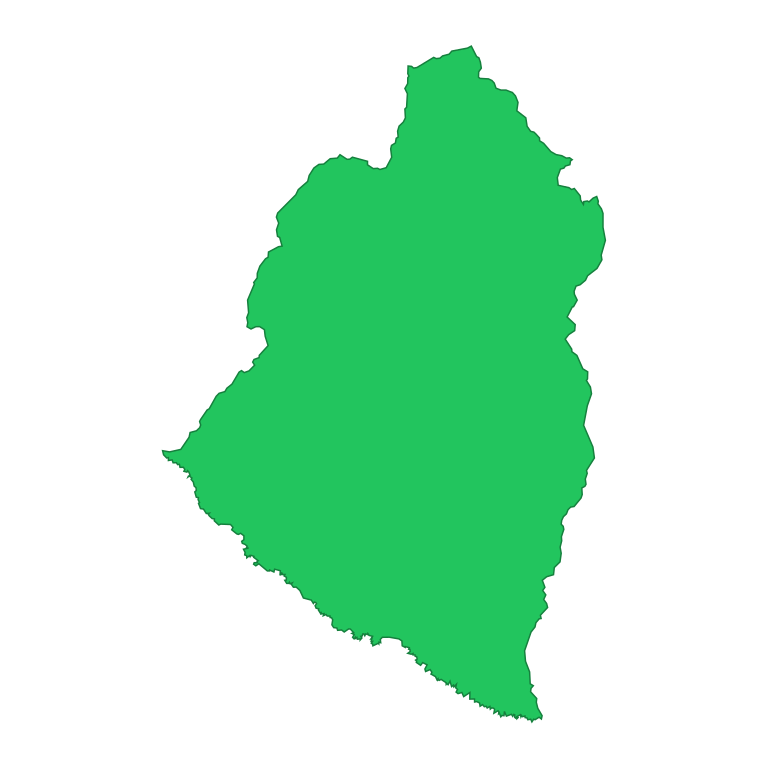 Sao Joao Baptista, Ribeira Grande de Santiago, Cabo Verde (Mercator projection)
{"feature_id": "66160863B53173453259277", "entity_name": "Sao Joao Baptista", "entity_type": "district", "adm_level": 2, "iso_a3": "CPV", "parent_name": "Cabo Verde", "parent_adm1": "Ribeira Grande de Santiago", "projection": "mercator", "projection_center": [-23.659, 14.991], "detail": "fine", "context": "isolated", "style": "filled", "palette": "green", "viewbox_px": 768, "rotation_deg": 0, "n_neighbors": 0, "source": "geoboundaries", "source_scale": "gbopen_adm2", "svg_char_len": 6099}
<svg xmlns="http://www.w3.org/2000/svg" viewBox="0 0 768 768"><path d="M162.6,450.7L163.6,454.8L166.7,458.0L168.4,457.6L168.4,460.5L172.1,459.9L173.1,462.8L176.4,462.7L177.6,464.6L179.4,464.3L180.0,467.3L183.4,467.3L184.8,469.4L183.9,471.3L186.9,472.1L187.6,470.7L189.0,472.3L190.0,475.3L188.4,476.2L188.1,476.9L189.3,476.0L191.9,478.0L191.1,479.3L193.3,482.0L194.2,486.1L196.0,487.6L196.3,490.5L194.8,491.9L196.3,497.2L198.4,497.6L198.1,499.6L199.5,502.5L198.5,503.3L200.5,508.6L203.5,509.1L206.3,513.5L209.4,513.2L208.3,514.3L209.3,515.9L212.2,518.6L214.4,518.8L214.3,520.8L218.8,525.0L220.7,524.1L230.5,524.5L233.0,527.3L231.7,529.8L236.8,533.9L238.4,534.4L240.7,533.3L243.9,535.8L243.9,539.7L241.7,541.3L242.3,543.3L245.1,544.4L247.2,546.2L246.5,547.6L248.6,548.1L243.5,549.2L245.1,552.4L244.7,554.9L246.7,555.7L246.8,557.8L249.6,555.6L250.1,556.7L250.9,555.3L254.0,556.4L253.7,557.3L258.2,560.7L257.1,561.3L257.4,562.6L254.2,562.7L253.6,564.2L255.8,565.8L258.9,563.8L267.3,570.9L269.5,570.9L269.6,570.0L273.9,572.0L274.6,569.2L280.3,570.7L280.0,575.4L281.3,572.9L282.2,573.3L281.9,574.5L284.9,574.5L284.1,575.9L286.4,577.3L286.3,580.1L284.8,580.3L286.7,583.4L288.9,583.4L289.4,582.3L290.2,583.8L292.1,583.0L291.3,584.2L293.4,587.2L296.2,587.1L299.9,590.5L303.4,598.0L311.3,600.1L313.4,603.5L314.4,602.1L315.8,602.5L316.6,603.7L315.1,605.7L316.1,608.2L318.7,608.8L318.4,610.0L320.2,612.9L321.1,612.6L320.9,614.0L324.0,613.6L323.3,615.7L326.1,614.5L327.2,616.0L330.1,616.1L330.1,617.5L331.6,617.8L332.7,619.8L331.9,624.8L333.7,627.6L336.9,628.0L337.6,630.3L341.6,630.0L344.2,632.0L348.7,628.9L350.4,629.1L353.7,632.7L351.9,633.4L354.2,634.6L352.6,637.3L354.1,638.9L355.4,637.3L355.6,638.3L356.9,637.4L357.3,639.2L360.4,638.9L360.3,639.8L361.9,638.0L360.8,636.3L362.3,635.9L362.7,634.0L363.8,633.8L364.8,635.7L365.7,633.9L367.4,634.5L367.8,633.5L369.0,635.4L372.6,636.3L371.0,638.8L371.9,638.5L371.1,641.5L372.6,641.4L371.4,643.4L372.6,644.0L372.9,645.8L378.3,643.3L378.8,643.9L378.9,642.2L380.7,642.7L380.3,639.4L382.3,637.3L389.3,637.2L398.9,638.9L401.9,640.9L402.2,645.8L405.2,647.4L405.3,646.6L409.3,647.7L408.7,649.2L409.9,649.3L410.2,651.5L407.8,653.3L411.2,654.2L413.0,653.5L412.9,654.8L415.1,655.0L415.2,656.3L416.7,656.7L417.2,659.1L415.6,660.1L416.7,661.0L416.3,662.4L420.6,665.3L422.7,662.6L427.1,664.8L424.9,669.0L425.6,671.5L430.2,669.6L431.9,672.3L431.0,674.1L435.5,676.6L436.8,679.4L437.8,678.8L437.2,681.0L438.5,679.4L439.3,680.3L441.1,679.4L446.0,682.6L446.2,684.3L446.8,683.5L448.1,684.7L450.0,681.2L451.6,686.6L453.5,685.1L453.9,686.9L456.4,684.3L455.7,687.8L457.5,689.4L456.1,692.1L458.0,693.6L461.9,692.5L463.7,696.6L469.9,692.5L469.8,699.1L474.5,699.0L474.6,702.0L476.7,701.6L479.6,703.0L480.1,706.2L482.6,704.6L484.3,706.7L486.3,706.3L487.2,708.0L489.9,706.4L490.3,709.1L491.6,707.9L493.6,708.2L494.6,709.3L493.9,713.2L498.0,710.8L498.9,711.7L498.6,713.8L499.4,713.2L500.8,716.8L501.9,715.5L504.0,715.7L504.4,711.4L506.4,716.1L511.4,714.3L512.7,716.3L513.8,714.4L514.8,714.9L514.6,717.1L515.5,718.1L516.7,717.1L516.9,718.7L518.1,717.5L517.1,716.5L520.4,714.7L520.9,716.7L521.4,715.4L522.4,716.7L525.0,716.0L525.1,717.6L527.0,717.9L527.8,719.7L530.7,719.2L531.9,721.9L533.7,719.2L535.1,719.7L539.1,717.2L541.4,719.0L542.1,715.7L537.8,708.3L536.3,702.3L536.7,698.5L530.6,691.8L531.0,688.4L533.3,685.7L530.2,683.8L529.6,671.9L525.5,661.3L524.6,650.7L531.0,632.1L535.0,627.0L535.9,622.7L539.2,618.8L541.1,618.5L540.4,615.2L547.6,607.5L546.6,603.5L543.7,599.5L545.8,594.9L542.7,590.5L544.9,587.3L542.3,580.3L546.7,576.7L553.5,574.7L554.3,567.5L560.0,561.9L561.2,553.3L560.1,547.2L561.7,540.8L561.4,536.7L563.8,529.4L563.2,526.3L561.2,524.2L561.7,520.4L563.4,516.7L566.4,513.9L568.0,509.7L570.6,507.1L574.1,506.5L581.0,498.1L582.2,494.6L581.8,488.0L584.9,486.3L586.0,484.3L585.3,479.0L587.2,473.4L586.5,470.4L594.4,458.0L592.9,447.0L583.6,425.3L587.3,405.8L591.5,393.8L590.4,387.0L586.4,380.5L587.5,378.9L587.7,371.8L582.8,368.8L576.9,355.4L571.9,351.7L571.7,349.1L565.2,339.1L568.7,334.6L574.7,330.6L575.2,324.6L567.1,317.0L572.3,306.9L573.5,306.7L577.2,300.1L574.4,294.3L574.1,291.3L576.0,286.1L580.2,284.7L585.5,280.2L587.6,275.7L597.0,268.4L601.9,259.8L601.2,255.1L605.4,240.3L603.0,227.4L603.0,213.4L601.4,208.8L597.9,203.8L598.3,201.2L596.7,196.5L593.1,198.1L589.0,201.9L587.4,201.0L583.8,201.6L583.4,204.4L580.6,200.1L580.2,195.9L574.3,188.5L571.6,189.5L569.0,187.7L558.2,185.3L557.3,177.6L560.4,169.1L563.9,168.1L565.4,166.0L569.9,164.7L570.5,160.9L572.2,159.7L569.6,157.8L566.3,158.1L561.8,155.7L556.1,154.6L550.8,151.6L543.6,143.3L539.6,140.8L539.5,138.0L536.0,134.1L533.9,132.1L530.6,131.3L527.1,126.3L525.8,117.8L516.8,110.8L518.0,102.4L515.5,96.0L512.5,92.6L506.1,90.1L501.0,90.1L496.0,88.2L494.2,83.0L491.9,80.5L488.5,78.9L479.9,78.4L478.5,77.2L478.7,71.8L481.3,68.2L480.4,62.2L478.9,57.8L476.6,56.6L471.3,46.1L467.5,48.1L451.8,51.1L449.1,54.2L442.6,55.9L439.9,58.2L436.2,58.6L433.7,57.4L417.0,67.5L413.6,68.1L411.6,66.4L408.1,66.0L407.8,73.7L408.9,76.1L407.8,77.7L407.7,83.6L404.9,88.5L407.4,93.7L406.6,107.3L404.9,109.0L405.4,117.9L403.3,122.1L399.1,126.1L397.6,131.2L398.2,137.0L396.2,138.3L395.4,143.0L391.5,145.4L390.7,148.9L391.7,157.3L386.2,167.7L379.9,169.5L377.6,168.3L373.2,168.6L367.5,164.8L367.5,161.3L352.4,157.2L349.7,159.2L347.0,159.3L340.0,154.7L337.3,158.1L330.2,158.7L323.7,164.1L318.9,164.4L313.9,168.0L309.2,175.4L307.7,181.4L298.3,189.6L295.8,194.8L277.7,213.0L276.4,217.1L278.7,223.1L276.5,229.8L277.5,236.3L279.7,237.5L282.1,246.1L278.5,246.7L268.5,252.0L268.1,257.2L265.5,258.8L259.9,266.1L257.3,273.3L257.2,277.9L253.7,282.5L254.4,284.0L247.6,300.1L248.6,312.8L246.8,317.6L247.8,322.6L247.0,326.7L251.0,329.0L255.8,326.7L259.6,326.6L264.4,329.6L265.2,336.3L268.1,345.6L259.3,355.3L259.1,357.6L254.0,359.5L252.7,362.1L254.6,365.2L249.0,370.9L244.2,372.6L241.5,370.6L239.1,372.1L232.0,384.1L226.9,388.2L224.9,391.6L219.1,393.3L216.2,396.3L209.2,408.8L207.1,410.0L200.6,419.5L199.6,421.5L200.7,425.0L199.7,427.7L196.4,430.8L190.1,432.5L189.1,437.2L180.8,449.4L169.6,451.9L162.6,450.7Z" fill="#22c55e" stroke="#15803d" stroke-width="1.5"/></svg>